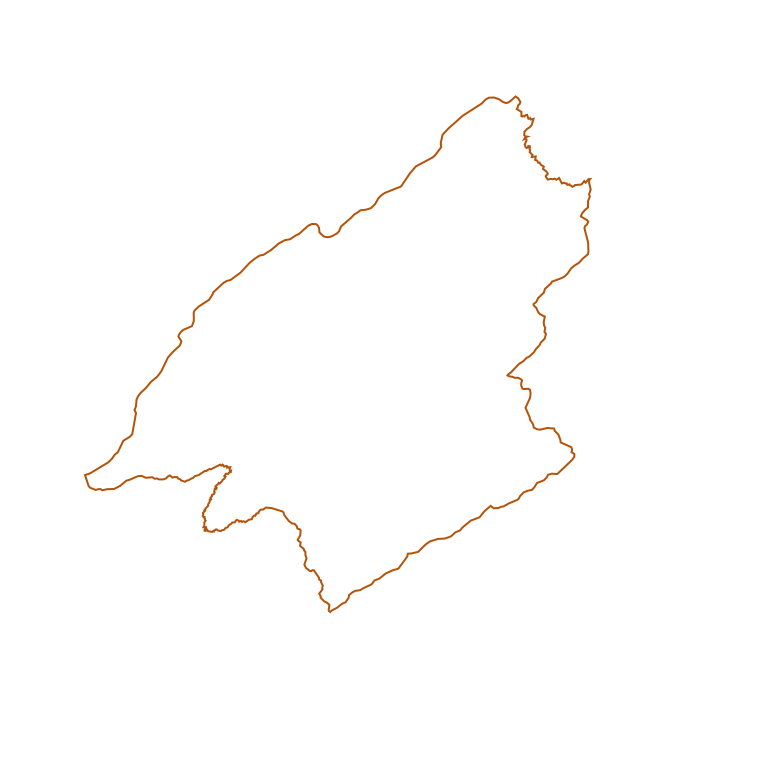 the district of Santa Fe De Antioquia, Antioquia, Colombia, rotated 229°
{"feature_id": "7082276B62917896081340", "entity_name": "Santa Fe De Antioquia", "entity_type": "district", "adm_level": 2, "iso_a3": "COL", "parent_name": "Colombia", "parent_adm1": "Antioquia", "projection": "equal_earth", "projection_center": [-75.913, 6.54], "detail": "fine", "context": "isolated", "style": "outline", "palette": "amber", "viewbox_px": 768, "rotation_deg": 229, "n_neighbors": 0, "source": "geoboundaries", "source_scale": "gbopen_adm2", "svg_char_len": 6137}
<svg xmlns="http://www.w3.org/2000/svg" viewBox="0 0 768 768"><g transform="rotate(229 384 384)"><path d="M559.2,386.8L560.6,377.7L562.6,374.2L563.4,368.1L563.6,362.0L562.2,348.7L563.2,336.4L564.9,333.0L565.6,329.5L565.2,315.1L564.2,313.6L562.3,307.2L564.0,295.1L563.8,289.3L562.6,287.1L556.3,281.8L553.7,277.0L556.6,267.9L556.5,264.4L555.5,261.1L554.6,259.9L549.2,259.2L547.0,255.2L546.7,245.2L545.7,238.1L539.9,224.8L538.8,220.4L538.3,216.8L538.5,209.5L537.2,201.6L537.0,194.6L536.0,190.1L534.5,186.9L529.9,182.2L528.0,178.6L524.8,177.8L511.3,161.1L510.9,157.7L512.2,150.0L507.1,138.3L507.3,134.3L506.1,129.8L505.8,124.3L509.4,103.5L511.4,98.6L500.9,94.2L498.7,94.1L493.2,96.9L491.9,99.7L490.5,101.2L488.7,101.6L486.0,106.4L481.9,111.3L480.2,118.2L480.1,126.1L478.7,128.9L476.0,137.5L473.6,140.9L469.5,142.7L465.6,148.0L462.9,148.8L461.7,150.7L459.6,151.6L456.8,154.8L455.7,157.7L456.0,160.1L455.4,162.5L452.2,162.9L451.3,164.8L449.2,166.9L447.8,166.6L445.8,167.7L444.3,167.6L440.8,169.7L440.6,171.5L439.5,173.8L438.9,177.2L438.4,177.9L438.6,180.6L436.9,184.4L435.9,191.9L434.8,192.9L434.9,194.2L434.3,196.6L433.2,197.3L430.7,207.4L429.2,207.6L428.8,208.1L429.1,209.2L428.6,209.4L426.5,209.2L425.7,211.1L424.7,211.7L423.9,210.7L422.1,213.4L421.2,211.7L419.6,210.9L419.0,211.8L418.0,210.5L418.9,209.5L418.4,207.4L420.0,205.9L419.4,203.2L418.1,203.7L417.3,201.0L417.5,199.4L417.0,198.4L416.7,194.7L417.8,194.3L417.3,192.8L417.4,189.8L415.3,189.6L414.9,188.4L416.1,188.4L416.1,187.8L414.2,185.2L413.4,185.3L412.5,183.7L413.2,181.3L412.0,180.3L412.1,178.5L410.4,177.8L410.4,177.0L410.9,176.5L409.5,175.3L408.6,172.4L407.4,171.3L407.2,167.7L406.7,167.1L406.6,165.7L405.7,165.8L405.5,162.8L404.0,161.9L403.3,160.7L402.0,160.5L401.5,161.1L401.2,160.5L400.0,160.7L399.1,159.8L397.8,159.7L397.4,157.6L395.0,155.5L394.3,153.8L392.6,155.8L392.1,155.3L391.8,153.0L391.0,152.3L390.1,153.0L390.3,154.9L388.2,154.7L385.1,157.3L385.1,158.6L384.4,158.8L384.9,159.4L384.4,160.4L384.7,161.4L384.1,162.3L382.7,162.4L380.0,164.4L380.0,165.6L378.9,167.7L379.3,170.1L378.5,171.7L379.1,174.2L378.8,177.1L379.0,178.5L377.4,180.9L378.1,182.3L378.1,183.7L376.2,184.7L375.2,184.4L374.3,186.3L373.1,186.3L372.6,188.0L370.7,188.6L370.2,192.9L368.7,195.6L369.9,197.7L369.8,199.9L369.0,200.5L370.0,202.8L368.9,204.4L369.6,205.2L370.1,207.6L369.9,208.8L368.6,210.3L368.2,213.9L363.9,217.9L354.5,223.7L353.2,223.9L350.1,222.7L342.9,222.3L338.9,223.2L337.4,224.7L334.1,224.9L331.6,223.8L329.7,225.1L328.3,225.1L324.6,221.4L323.1,216.7L321.8,216.4L319.1,217.2L317.0,214.5L311.8,215.2L310.8,214.5L308.8,214.5L306.4,212.4L303.3,211.2L300.0,205.5L299.3,205.2L296.6,204.5L291.3,205.4L290.4,206.4L290.5,207.7L289.4,208.9L280.4,207.8L279.0,206.8L276.9,207.5L276.3,206.7L272.0,205.5L270.6,203.6L269.3,202.8L268.3,197.6L265.3,197.0L264.5,196.0L259.4,196.2L256.3,197.5L253.1,197.9L249.9,194.1L249.0,193.5L247.2,193.8L247.3,196.1L246.0,201.6L245.6,208.4L244.5,211.8L245.9,217.2L247.6,218.9L247.5,223.3L246.8,226.5L244.0,230.8L243.4,234.8L241.2,242.2L241.0,243.6L242.0,247.8L240.2,252.9L239.9,260.9L237.3,269.5L235.5,272.7L235.3,274.1L238.5,288.4L240.3,290.6L238.0,293.7L234.9,299.7L235.6,310.2L235.0,315.6L231.6,323.2L227.4,328.6L225.1,334.4L225.2,340.7L223.6,345.3L224.2,348.7L224.0,359.8L220.7,368.7L222.1,376.4L222.0,384.6L218.2,385.3L215.4,389.0L214.5,391.8L213.2,393.9L211.9,400.1L209.0,408.9L209.1,410.5L210.1,413.0L210.6,418.4L209.0,422.7L207.0,426.2L207.5,429.9L208.9,434.7L206.4,441.5L206.7,445.3L207.8,448.4L206.3,451.7L202.4,455.7L203.3,476.3L204.2,479.9L206.2,481.7L209.6,480.8L210.8,482.8L213.4,483.9L224.0,479.0L226.4,480.6L231.4,482.4L236.7,482.1L238.7,483.2L243.6,478.5L247.1,471.9L249.1,470.0L252.6,468.5L256.3,470.2L261.4,470.8L263.3,472.1L273.2,475.2L277.3,484.2L278.7,486.3L281.3,488.9L284.0,490.4L285.7,489.8L288.6,486.0L289.8,485.4L293.1,486.7L295.1,488.7L295.9,490.4L296.8,490.7L300.6,489.4L302.8,486.8L304.7,486.0L308.3,483.1L309.5,482.9L309.8,484.3L309.4,487.0L310.6,498.9L309.8,503.8L310.2,508.7L309.4,511.7L309.6,518.0L310.7,521.6L311.3,527.2L312.4,529.4L312.8,534.9L315.5,539.1L318.1,539.3L320.6,542.6L322.8,543.1L325.7,544.9L329.4,549.6L334.5,547.5L337.0,547.5L341.8,548.9L345.2,548.5L346.2,549.3L346.0,552.8L347.7,556.7L348.1,564.6L350.2,567.8L350.3,575.5L351.0,578.0L347.2,588.1L346.7,590.7L346.9,595.0L348.5,601.0L348.5,605.0L347.6,610.5L348.2,616.1L348.2,623.3L349.9,625.2L356.9,630.9L369.8,637.3L371.2,639.1L371.3,641.9L372.4,644.6L374.3,644.8L381.3,642.5L382.9,645.6L383.5,650.1L383.4,653.7L388.3,658.2L390.4,662.3L392.6,663.2L395.2,667.6L401.5,670.9L403.4,673.0L403.5,673.9L404.5,672.6L403.6,668.3L405.8,668.3L405.1,664.6L405.3,663.5L408.8,658.7L408.7,657.3L409.3,655.5L411.0,655.4L412.1,654.5L413.0,654.9L414.0,653.0L415.5,653.5L416.3,652.5L417.8,651.9L418.7,649.8L424.6,651.3L425.1,648.1L427.0,647.5L427.9,645.5L429.4,644.4L430.8,641.7L434.3,642.1L435.0,643.0L434.9,645.0L435.4,645.7L438.2,645.9L441.9,645.1L443.2,647.2L446.7,646.2L449.0,646.7L449.9,645.5L452.1,646.2L453.9,645.1L456.2,647.8L458.4,644.5L459.5,646.3L463.5,646.1L464.5,647.7L465.9,648.0L466.8,649.4L467.9,650.0L468.9,649.0L468.1,647.6L468.7,646.4L469.7,646.2L472.5,647.4L474.3,651.4L475.1,652.0L476.4,651.6L476.8,650.5L477.4,652.5L476.7,654.4L478.2,653.2L479.6,652.9L482.2,655.5L482.6,659.2L482.2,662.8L482.6,665.4L486.0,670.8L487.2,668.4L488.8,668.7L488.7,667.9L489.4,667.0L493.3,668.6L494.0,667.2L493.8,665.5L494.8,665.1L495.0,664.1L495.9,663.4L499.2,666.2L504.4,664.6L504.9,666.2L506.2,667.7L506.4,670.2L507.4,672.0L511.6,672.7L514.7,671.9L514.6,665.1L515.0,662.2L516.1,660.3L519.0,658.7L523.4,657.7L527.9,655.1L531.2,651.1L532.0,647.8L531.6,641.4L534.8,619.5L534.6,600.7L533.7,591.7L528.7,585.0L525.2,582.5L523.0,572.2L523.2,568.8L527.3,550.9L526.0,541.9L521.9,526.5L527.7,510.0L528.2,505.6L527.8,501.4L525.6,495.3L525.3,489.5L527.3,484.9L530.6,480.1L530.7,476.9L531.5,472.6L531.0,468.2L531.1,455.1L528.7,450.1L528.5,447.2L529.6,442.0L530.5,439.7L532.5,437.0L534.8,435.4L540.6,434.7L544.7,437.5L547.2,438.0L549.4,437.5L552.1,434.5L553.2,430.7L553.0,418.4L554.0,415.0L554.9,408.1L557.6,403.5L559.1,397.0L559.2,386.8Z" fill="none" stroke="#b45309" stroke-width="2"/></g></svg>